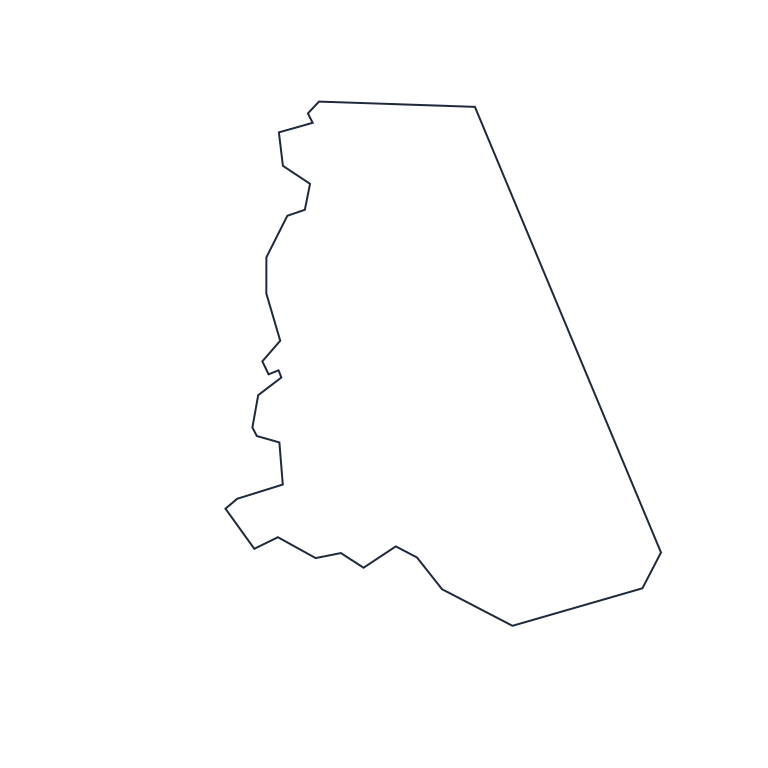 Twic, Northern Bahr el Ghazal, South Sudan (orthographic projection), rotated 68°
{"feature_id": "79223893B10116449599990", "entity_name": "Twic", "entity_type": "district", "adm_level": 2, "iso_a3": "SSD", "parent_name": "South Sudan", "parent_adm1": "Northern Bahr el Ghazal", "projection": "orthographic", "projection_center": [28.357, 9.063], "detail": "fine", "context": "isolated", "style": "outline", "palette": "slate", "viewbox_px": 768, "rotation_deg": 68, "n_neighbors": 0, "source": "geoboundaries", "source_scale": "gbopen_adm2", "svg_char_len": 595}
<svg xmlns="http://www.w3.org/2000/svg" viewBox="0 0 768 768"><g transform="rotate(68 384 384)"><path d="M97.8,338.5L104.6,353.2L115.1,352.3L111.3,387.2L143.9,396.0L170.7,377.6L192.8,392.1L191.8,410.6L222.5,445.6L256.0,459.2L305.0,464.0L317.4,488.3L331.8,487.4L331.8,476.7L339.5,476.7L347.2,504.8L375.0,522.3L384.6,521.4L399.0,502.9L439.3,515.5L435.4,563.1L440.2,577.7L488.2,566.0L486.3,539.8L519.8,512.6L524.6,487.3L546.7,471.8L539.0,433.9L557.2,418.4L595.9,407.1L596.0,407.1L656.3,355.5L670.2,220.9L644.0,190.3L161.1,195.9L97.8,338.5Z" fill="none" stroke="#1e293b" stroke-width="2"/></g></svg>